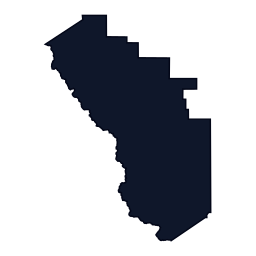 Mitre, Santiago del Estero, Argentina
{"feature_id": "61730980B33007651807911", "entity_name": "Mitre", "entity_type": "district", "adm_level": 2, "iso_a3": "ARG", "parent_name": "Argentina", "parent_adm1": "Santiago del Estero", "projection": "mercator", "projection_center": [-62.854, -29.629], "detail": "fine", "context": "isolated", "style": "filled", "palette": "ink", "viewbox_px": 256, "rotation_deg": 0, "n_neighbors": 0, "source": "geoboundaries", "source_scale": "gbopen_adm2", "svg_char_len": 5736}
<svg xmlns="http://www.w3.org/2000/svg" viewBox="0 0 256 256"><path d="M210.7,212.4L210.3,119.2L188.4,119.2L188.3,109.5L185.7,109.5L185.7,99.3L182.7,99.2L182.8,89.1L196.6,89.0L196.6,78.6L169.2,78.6L169.4,58.0L138.2,57.8L138.1,42.9L126.8,42.8L126.8,37.0L106.4,36.8L106.3,15.4L82.4,15.4L82.8,19.7L45.3,44.3L46.0,44.6L46.8,44.8L47.6,45.3L48.2,45.5L48.8,45.5L49.3,45.3L49.8,45.3L50.0,45.6L50.5,45.6L50.9,45.8L51.1,46.8L51.4,47.2L51.4,48.2L51.0,48.7L51.1,49.5L51.6,50.2L52.2,50.6L52.9,51.5L53.1,52.2L53.8,53.7L54.0,54.4L53.9,54.9L53.4,55.2L53.4,55.6L53.6,56.5L54.3,57.5L54.3,57.8L54.1,58.5L54.3,59.1L54.4,59.6L53.7,60.4L53.3,60.7L52.7,61.5L52.9,62.2L52.1,63.1L51.8,64.3L51.7,66.4L51.6,66.8L51.9,67.3L52.0,67.6L52.1,68.8L52.6,69.0L52.8,68.9L53.8,69.2L54.3,69.1L54.8,68.6L55.2,68.4L56.3,68.3L56.5,68.7L56.6,69.0L57.2,69.3L57.4,69.7L57.6,70.3L57.9,70.5L58.4,70.7L58.8,71.0L59.1,71.4L59.3,72.2L60.1,72.9L60.1,73.1L60.4,73.3L60.5,73.2L60.7,73.4L60.7,73.8L60.6,74.2L60.8,74.5L60.7,75.6L61.0,76.2L61.4,76.7L61.8,77.7L62.2,78.1L62.1,78.4L63.0,78.7L63.3,78.6L64.3,79.2L64.8,79.3L65.4,79.3L65.6,79.4L65.6,79.7L65.8,80.1L65.9,80.6L65.8,81.4L65.9,82.5L66.3,82.9L66.8,83.7L67.2,83.6L67.4,83.8L67.4,84.3L67.9,85.7L68.3,86.1L68.3,86.6L68.7,86.8L68.7,87.8L68.9,88.5L69.8,89.3L70.2,89.4L70.4,89.7L70.7,89.6L71.4,88.9L72.0,89.0L72.9,88.8L73.3,88.4L74.3,88.9L74.6,89.6L74.5,90.9L73.6,92.5L72.8,93.1L72.4,93.7L72.4,94.7L72.9,95.3L73.3,96.1L74.4,97.0L75.3,97.2L76.6,97.2L77.4,97.6L78.6,98.8L78.9,100.8L79.2,101.3L79.5,101.5L80.4,101.8L80.8,102.1L81.0,102.5L81.3,102.9L81.4,103.4L81.1,104.1L81.5,105.1L81.5,106.5L81.9,107.3L83.3,109.0L83.9,109.5L84.7,109.8L85.5,109.5L88.2,109.5L89.1,109.8L89.4,110.2L89.7,110.6L89.7,111.2L89.5,111.8L89.8,112.4L89.9,112.6L90.5,113.2L90.6,113.6L90.0,114.5L90.2,114.9L89.4,115.0L89.4,115.7L90.1,115.9L90.5,116.8L91.1,117.0L91.5,117.7L91.8,118.0L91.9,119.8L92.3,119.9L92.8,120.3L94.1,120.3L94.5,120.8L94.8,121.7L96.2,123.0L97.0,125.1L96.6,125.3L96.3,125.8L97.0,126.2L98.9,126.3L99.4,126.8L99.7,126.9L100.7,127.5L101.0,128.0L102.4,129.1L102.7,129.7L103.2,130.2L103.6,130.3L104.9,129.9L106.0,129.9L107.1,129.7L108.1,129.7L108.6,130.0L108.7,130.6L109.1,131.2L109.3,131.9L109.3,132.3L109.4,132.7L110.0,132.4L110.7,132.6L111.1,133.1L111.7,133.3L112.0,133.6L112.7,133.7L112.9,133.9L113.2,133.7L113.4,134.2L113.1,134.7L113.4,135.3L113.5,135.9L114.2,136.0L114.6,136.3L114.8,136.6L115.0,137.3L115.9,137.5L116.2,137.8L116.6,138.0L117.0,138.1L117.2,138.5L117.1,139.0L117.3,139.3L116.9,139.9L117.0,140.9L117.3,141.3L117.4,141.7L117.2,142.2L117.4,143.1L117.3,143.6L117.0,144.1L117.3,144.8L117.2,145.2L117.0,145.8L116.8,146.4L116.5,146.6L116.2,147.1L116.2,147.7L116.4,147.9L116.2,148.8L117.4,149.4L117.7,149.7L117.7,150.2L117.5,151.0L117.4,151.6L116.8,152.4L116.1,153.0L116.1,153.6L116.2,154.3L116.6,154.8L116.7,155.2L116.8,156.0L116.7,156.6L116.3,157.0L116.2,158.1L116.0,158.6L116.1,159.3L117.7,161.1L119.9,161.2L120.5,161.8L120.8,162.4L121.5,163.3L122.3,163.3L122.9,164.0L122.9,165.1L122.4,165.9L122.7,166.5L123.8,167.4L124.6,167.9L124.9,168.0L125.6,167.8L126.0,168.0L126.2,168.6L125.7,168.8L125.8,169.7L125.3,170.8L125.4,171.5L125.7,172.2L125.5,172.8L126.0,173.6L126.0,174.5L125.9,175.0L125.4,175.6L125.2,176.2L125.3,177.0L125.7,177.0L125.6,177.3L125.8,177.6L126.0,177.8L126.3,177.8L126.4,178.2L125.8,178.4L125.3,179.1L125.6,180.5L126.0,181.1L125.9,181.5L126.0,181.8L125.6,182.4L125.5,182.7L125.3,182.7L125.2,182.5L124.8,182.5L124.6,182.7L124.3,183.0L124.0,183.0L123.4,183.0L122.9,182.8L122.4,182.9L122.0,182.8L121.6,183.3L120.6,184.0L120.8,184.3L121.0,185.0L120.1,185.8L119.4,186.7L119.4,188.1L119.6,188.5L119.4,188.7L119.1,189.0L119.0,189.6L118.8,189.7L118.4,190.2L118.5,190.5L118.7,191.4L118.6,191.7L118.8,192.1L119.7,192.3L120.0,192.6L120.4,192.3L121.3,192.7L121.5,192.9L121.5,193.1L121.2,193.5L121.4,194.1L121.4,194.3L121.1,194.6L121.1,195.1L121.8,195.9L122.1,196.0L122.2,196.5L122.0,196.9L121.9,197.1L122.1,197.4L122.0,197.7L122.0,198.0L122.2,198.6L122.6,199.7L122.7,200.3L122.9,200.4L123.3,200.4L124.5,200.1L124.8,200.6L125.1,200.8L125.5,200.8L125.9,201.0L126.1,201.2L126.4,201.5L127.2,201.4L127.3,201.5L127.2,201.8L127.1,202.3L127.2,203.1L127.0,203.5L127.3,204.0L127.3,204.5L127.5,204.7L127.4,205.2L127.6,205.6L127.8,205.8L128.1,205.9L128.4,206.1L129.2,206.9L129.3,207.3L129.3,208.1L129.6,208.8L130.2,209.6L130.4,210.4L130.6,210.5L130.6,211.3L130.2,211.4L130.1,212.1L129.7,212.6L129.3,213.0L129.2,213.3L129.1,213.9L129.0,214.3L129.2,215.1L130.0,215.9L131.1,216.3L131.6,216.0L132.5,216.4L132.9,216.4L133.7,216.7L133.9,217.0L135.0,216.8L136.1,216.7L137.9,216.8L138.4,217.1L138.8,217.6L139.6,218.9L140.1,219.4L140.5,220.1L141.3,220.8L141.7,220.8L142.0,221.0L142.7,221.1L143.3,221.4L143.6,221.7L143.7,222.3L144.0,222.8L144.3,222.8L144.4,223.1L144.8,223.3L145.2,223.3L145.7,223.0L146.0,223.3L146.6,223.4L147.0,223.1L147.5,222.8L148.8,222.9L149.0,222.9L149.4,222.7L150.3,222.7L150.8,222.9L151.1,223.3L151.1,223.5L151.8,223.6L152.3,224.6L153.1,224.8L153.9,224.6L154.5,224.6L154.8,224.9L155.5,225.0L155.8,225.2L156.3,225.0L157.2,225.4L157.6,225.4L157.8,225.1L158.2,225.2L158.5,225.2L159.1,225.7L160.3,227.3L160.5,227.6L160.1,228.2L160.1,228.5L159.8,229.6L159.5,229.9L159.5,230.4L158.9,231.0L158.4,231.4L158.1,231.7L157.9,232.4L157.4,232.7L157.1,233.1L156.9,233.6L156.4,234.1L156.0,234.7L156.0,235.0L156.6,235.7L156.6,235.9L156.8,236.1L157.1,236.6L157.7,237.0L158.1,237.4L158.3,237.7L158.5,238.6L159.0,238.8L159.3,239.3L159.8,239.6L160.0,239.9L160.4,240.3L160.7,240.3L161.7,240.4L162.2,240.2L162.6,239.8L163.3,240.3L163.6,240.1L165.2,240.2L165.3,240.0L166.7,239.7L167.9,239.7L169.0,240.0L170.2,239.9L171.1,240.3L171.2,240.6L205.2,217.5L206.8,217.5L206.7,215.0L208.6,212.4L210.7,212.4Z" fill="#0f172a" stroke="#020617" stroke-width="1.5"/></svg>